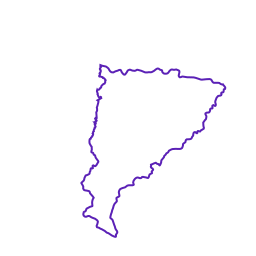 the district of Pa Sang, Lamphun, Thailand, rotated 41°
{"feature_id": "78962969B79756650149930", "entity_name": "Pa Sang", "entity_type": "district", "adm_level": 2, "iso_a3": "THA", "parent_name": "Thailand", "parent_adm1": "Lamphun", "projection": "orthographic", "projection_center": [98.877, 18.408], "detail": "fine", "context": "isolated", "style": "outline", "palette": "violet", "viewbox_px": 256, "rotation_deg": 41, "n_neighbors": 0, "source": "geoboundaries", "source_scale": "gbopen_adm2", "svg_char_len": 5855}
<svg xmlns="http://www.w3.org/2000/svg" viewBox="0 0 256 256"><g transform="rotate(41 128 128)"><path d="M150.7,222.3L152.0,223.2L153.3,223.2L153.9,223.0L154.6,222.5L155.7,220.5L156.3,220.0L156.9,219.7L158.5,219.5L160.0,219.1L162.6,218.1L165.0,217.9L166.1,218.1L166.8,218.5L167.9,220.7L168.5,222.4L168.8,222.7L169.7,223.2L171.7,222.3L173.2,222.1L174.6,221.6L176.1,221.3L178.0,220.9L180.6,220.9L182.3,220.2L186.4,219.7L189.0,218.9L189.8,218.5L190.1,218.0L189.9,217.5L188.9,216.5L188.6,214.2L188.3,213.7L187.7,213.2L187.0,212.9L186.0,212.7L184.5,212.2L182.6,210.9L181.2,210.2L176.8,207.6L175.6,207.4L174.0,207.5L173.4,207.2L172.7,206.1L171.6,203.9L171.1,202.5L170.0,200.4L169.4,198.6L168.1,195.9L167.6,193.9L167.7,191.1L167.5,190.4L165.7,189.0L165.2,188.3L165.3,187.7L166.1,185.7L166.1,185.0L165.7,184.5L163.2,182.5L162.6,181.4L162.3,180.4L162.2,179.4L162.4,178.7L163.2,177.0L164.7,174.7L165.3,171.9L166.1,170.8L169.0,168.2L169.5,167.4L169.5,167.0L167.6,165.7L166.9,164.3L166.7,163.1L166.6,161.8L166.9,160.3L167.4,159.4L168.1,158.8L169.8,158.1L170.5,157.5L170.8,156.8L170.8,155.7L171.3,155.1L172.9,154.2L174.2,153.4L175.3,153.0L175.9,152.5L175.9,151.6L174.8,149.0L175.1,147.8L175.7,146.6L175.7,146.3L174.4,145.2L174.4,143.4L174.3,143.0L173.8,142.7L173.2,142.5L171.9,142.7L171.0,142.5L170.6,142.2L170.3,141.4L169.4,140.6L170.2,139.1L170.8,137.7L171.8,136.0L173.6,135.9L174.8,135.2L175.9,135.5L176.3,135.5L176.5,135.2L176.3,134.2L175.7,132.4L174.7,131.0L174.4,130.4L174.3,126.5L173.7,125.4L173.9,123.4L173.6,122.0L174.1,120.6L174.2,119.9L173.8,118.3L174.8,115.7L175.4,114.7L177.4,112.7L180.9,109.8L181.6,108.8L181.7,108.4L181.9,107.7L181.8,107.1L181.0,105.2L180.1,104.1L180.1,103.3L180.6,101.1L179.7,99.4L179.6,98.9L179.8,98.0L181.8,96.1L182.4,95.3L182.7,94.5L182.6,93.6L182.2,92.5L182.2,91.4L182.1,90.9L181.4,90.0L180.8,88.8L180.7,88.2L181.0,87.4L181.7,86.9L181.9,86.8L183.0,87.0L183.5,86.6L183.5,86.1L182.9,85.5L182.7,84.6L183.0,84.2L184.4,83.6L184.7,83.3L184.6,81.9L184.9,81.2L185.6,78.9L185.2,78.1L184.0,77.3L183.1,76.5L181.2,74.5L180.9,71.5L181.0,70.8L180.9,69.9L179.8,68.1L179.3,67.6L177.4,66.8L176.9,66.2L177.1,65.3L177.3,64.8L178.7,63.4L179.0,62.8L178.6,61.1L177.9,60.3L177.6,59.7L177.9,58.7L178.7,58.0L178.7,57.5L177.2,56.1L177.1,55.5L177.4,54.7L179.1,54.3L179.4,54.0L179.4,53.7L179.2,53.1L178.7,52.5L177.1,51.5L176.3,50.5L175.3,47.9L175.0,46.9L175.0,44.8L175.6,43.9L176.4,43.0L176.8,42.1L176.5,41.3L175.6,40.7L175.4,40.3L175.5,39.6L176.2,38.9L176.4,38.3L176.1,37.6L175.0,36.0L175.1,35.6L175.6,34.8L175.4,34.4L175.0,33.8L174.5,33.5L172.8,33.1L171.4,33.0L171.0,32.8L170.6,33.3L169.9,33.7L169.0,34.0L167.4,34.1L166.3,34.8L163.1,37.6L162.1,37.8L161.5,37.7L159.4,37.0L158.7,37.0L157.5,37.5L155.0,39.9L152.0,43.1L151.1,43.7L146.3,45.7L144.4,46.7L139.3,50.9L135.5,53.3L135.1,53.7L134.7,54.6L133.9,55.7L133.2,55.8L132.1,55.4L131.7,54.9L130.1,52.0L129.2,51.3L128.7,51.3L127.9,51.5L126.0,52.2L124.6,53.9L122.8,55.0L122.3,55.6L122.1,56.1L121.9,57.6L122.1,59.6L122.0,60.7L121.5,61.6L120.4,62.7L119.4,63.3L118.1,63.4L117.4,63.3L116.6,62.8L116.1,62.3L115.6,62.2L113.9,63.0L112.4,63.1L111.5,63.5L111.0,64.2L110.6,65.4L110.1,68.0L109.2,70.3L108.3,71.3L107.2,72.1L105.9,73.6L104.4,74.8L100.5,76.1L97.2,77.7L96.6,78.2L96.0,79.8L95.5,80.5L93.6,81.8L91.4,82.6L91.1,82.8L90.6,83.6L90.2,84.5L90.2,85.6L90.5,86.6L90.7,89.2L90.7,89.5L90.2,90.2L89.5,90.4L88.0,90.3L86.2,89.8L84.8,89.1L83.9,89.3L83.2,90.1L82.6,91.5L81.3,93.5L80.5,95.6L80.3,95.8L79.2,96.6L78.8,96.8L77.4,96.9L76.1,96.6L74.2,95.9L73.1,95.9L71.4,96.0L70.6,96.3L67.8,97.9L65.9,98.6L66.7,99.6L67.6,99.8L67.7,100.6L67.7,101.3L68.0,101.9L68.3,102.1L68.9,102.0L69.6,102.8L70.1,102.8L71.0,104.8L70.6,105.1L70.7,105.5L71.1,105.7L71.6,106.0L71.8,106.1L72.1,107.7L72.4,107.9L72.8,107.8L72.9,107.4L75.1,106.6L75.4,106.3L75.9,106.6L76.3,106.7L77.0,106.2L77.9,106.2L78.8,106.4L79.3,106.4L79.8,106.7L79.7,107.2L80.8,108.4L81.2,109.9L80.6,110.9L80.4,112.7L80.4,113.8L80.6,114.3L81.1,115.0L81.0,115.9L80.7,116.6L81.0,117.2L80.9,118.1L80.2,119.0L80.1,119.4L79.7,119.3L80.0,120.0L80.3,120.5L80.9,121.0L81.4,121.1L82.2,121.8L82.6,121.9L82.9,122.6L83.8,122.9L84.3,123.3L85.1,123.7L86.0,123.9L86.4,123.8L87.0,122.8L86.9,122.5L87.1,122.4L87.3,122.4L87.4,122.7L87.7,122.7L88.2,123.0L86.8,127.1L88.0,127.0L88.9,128.3L90.5,131.6L91.1,133.1L92.0,133.7L93.3,135.2L93.8,137.0L97.6,140.8L96.4,142.0L96.7,141.9L96.9,142.3L97.2,142.1L97.6,142.4L98.2,142.3L98.3,142.6L98.1,142.9L98.2,143.0L98.9,142.8L99.5,143.0L99.6,143.4L99.3,144.0L99.6,144.3L99.4,144.7L99.7,145.0L99.4,145.2L99.7,145.5L99.6,145.8L99.4,145.9L99.8,146.0L100.0,146.5L100.2,146.4L100.4,146.7L100.8,146.5L100.8,147.2L101.0,147.4L102.6,148.2L102.8,148.9L102.5,149.5L102.8,150.0L103.0,149.9L103.1,150.0L103.2,150.3L103.3,150.6L103.2,151.3L103.7,152.3L104.4,152.9L104.2,153.7L104.6,154.3L104.7,154.6L105.0,154.8L104.9,155.3L105.8,155.6L106.3,156.7L106.3,157.0L106.2,157.3L106.6,157.9L106.4,159.6L106.7,160.1L106.9,160.6L106.5,161.2L106.5,161.7L107.4,163.1L108.7,164.5L109.3,164.9L111.8,165.8L112.9,166.0L114.9,168.1L115.6,169.6L116.2,170.2L116.7,170.2L117.9,169.7L118.5,169.9L119.6,170.6L119.8,170.6L120.5,170.3L121.0,170.3L121.5,170.5L122.2,171.1L123.5,171.7L127.1,172.5L127.4,172.6L127.8,173.0L128.5,176.8L128.4,178.0L128.1,178.5L126.3,179.0L126.1,179.6L126.6,180.3L127.8,181.3L127.7,181.8L126.8,182.4L126.5,182.9L126.6,183.3L127.5,184.7L127.8,185.2L128.0,186.3L128.7,187.3L128.9,187.9L128.7,188.8L128.0,190.3L127.2,191.6L127.9,194.2L128.7,195.6L129.1,196.7L128.8,199.7L128.8,199.9L129.0,200.2L131.7,201.1L132.7,201.6L133.9,203.1L135.3,203.6L136.4,203.3L137.8,202.4L139.8,201.3L140.2,201.2L140.7,201.2L142.3,202.2L146.0,202.7L147.8,203.1L147.9,203.3L148.2,205.0L149.0,206.6L149.9,207.9L152.2,210.1L152.3,210.4L151.0,212.5L149.7,215.9L149.7,216.3L150.5,218.4L150.4,219.1L149.9,219.9L149.8,220.6L150.5,221.7L150.7,222.3Z" fill="none" stroke="#5b21b6" stroke-width="2"/></g></svg>